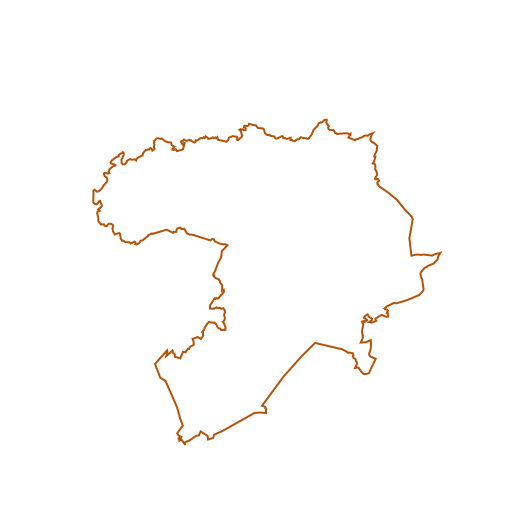 outline of La Manzanilla de la Paz, Jalisco, Mexico, rotated 237°
{"feature_id": "50627088B53940802277719", "entity_name": "La Manzanilla de la Paz", "entity_type": "district", "adm_level": 2, "iso_a3": "MEX", "parent_name": "Mexico", "parent_adm1": "Jalisco", "projection": "equal_earth", "projection_center": [-103.078, 20.026], "detail": "fine", "context": "isolated", "style": "outline", "palette": "amber", "viewbox_px": 512, "rotation_deg": 237, "n_neighbors": 0, "source": "geoboundaries", "source_scale": "gbopen_adm2", "svg_char_len": 6151}
<svg xmlns="http://www.w3.org/2000/svg" viewBox="0 0 512 512"><g transform="rotate(237 256 256)"><path d="M158.3,412.3L160.3,406.0L160.3,404.1L165.9,397.4L167.0,395.1L169.8,391.4L171.6,386.5L187.2,394.2L201.5,407.5L204.1,408.0L214.6,406.0L226.1,404.9L236.8,401.6L247.6,397.0L249.3,397.5L249.9,396.9L251.5,397.7L252.2,400.1L254.3,400.0L255.3,397.9L256.4,398.2L257.8,401.4L260.9,403.1L263.3,403.1L267.6,405.7L268.8,405.5L270.0,404.4L270.7,406.1L273.5,409.5L274.2,410.2L274.8,409.4L276.2,410.5L278.3,414.4L282.3,417.6L285.4,416.9L289.9,414.8L291.7,415.5L292.9,416.8L294.9,419.3L295.4,420.9L296.2,417.6L295.9,415.3L297.5,413.5L297.9,411.4L297.7,409.9L298.6,406.8L298.4,405.8L299.3,403.9L299.2,402.1L305.0,398.1L306.1,400.0L305.9,401.0L307.0,401.9L307.2,400.8L308.5,400.1L310.1,398.1L314.3,390.3L315.3,390.1L315.8,389.4L319.4,389.6L321.0,387.0L322.5,386.0L324.5,386.4L325.1,387.7L329.6,387.5L331.5,389.5L332.1,389.2L332.8,387.6L332.2,384.5L332.3,383.5L332.9,383.0L333.1,380.8L331.7,378.8L330.5,373.1L327.6,368.9L325.8,363.9L325.9,363.1L327.4,362.5L328.6,360.4L331.1,358.3L330.6,355.8L331.4,354.0L331.3,350.8L332.5,349.6L333.5,349.5L334.5,348.0L336.4,349.4L337.5,345.3L339.2,344.5L339.9,343.1L341.8,343.6L342.4,343.3L343.0,338.1L343.5,336.9L344.7,336.3L346.2,336.5L349.2,333.3L350.2,333.4L351.2,331.4L354.1,330.4L358.1,331.7L359.0,331.4L362.3,327.4L365.8,327.0L366.8,325.5L370.6,322.2L369.6,320.9L369.6,319.7L371.4,317.5L371.4,316.7L370.5,316.0L369.7,316.8L368.5,316.7L367.2,315.8L368.3,314.3L369.6,313.8L369.7,312.7L370.9,312.1L370.9,310.9L369.3,311.2L364.5,310.0L363.7,309.1L363.0,303.8L364.0,303.4L365.2,304.7L366.4,305.0L369.2,301.7L370.0,297.8L368.4,295.7L367.9,293.5L374.1,287.5L376.7,288.3L376.4,286.8L377.5,286.5L377.9,284.9L379.0,284.4L379.1,282.6L380.2,279.8L381.2,280.0L383.7,278.9L382.9,278.0L382.9,277.3L384.1,276.8L383.9,275.4L385.1,273.7L384.9,269.8L385.8,268.6L384.7,267.5L384.6,266.3L387.2,264.7L388.2,264.7L388.6,263.8L389.7,263.4L390.1,261.2L390.8,260.1L392.9,259.0L392.3,257.0L393.0,256.2L392.5,255.2L389.2,255.2L388.8,255.8L389.9,257.4L389.5,257.7L385.4,253.0L385.6,251.3L387.0,246.8L389.2,246.9L389.8,244.8L390.7,243.8L391.3,244.2L392.0,247.1L395.0,245.7L397.5,246.5L399.6,243.9L401.6,242.4L406.0,240.9L406.2,239.7L408.1,238.1L408.7,236.7L407.9,234.1L407.9,232.9L406.7,232.6L405.8,231.6L404.9,231.6L403.2,229.8L401.4,229.4L401.0,228.9L400.9,226.5L402.2,226.9L403.9,226.5L404.1,225.8L403.4,224.7L404.3,223.2L404.3,222.2L404.9,221.2L403.9,217.5L402.2,215.8L402.7,210.6L402.5,208.7L401.4,207.4L403.1,206.9L404.3,204.5L406.0,202.8L406.2,199.4L404.9,198.4L404.4,196.6L404.6,195.4L405.5,194.1L407.3,193.9L410.2,195.8L412.8,200.2L414.7,201.1L415.7,200.7L415.4,199.5L415.7,196.5L415.4,195.7L414.3,195.2L415.1,192.3L414.6,187.1L414.0,185.2L412.8,184.8L409.5,187.2L408.6,187.6L408.4,187.2L409.0,184.9L408.7,180.6L407.1,178.5L405.4,178.2L405.9,176.5L408.1,174.7L408.2,173.7L407.3,173.0L405.2,172.6L403.2,173.6L401.2,173.1L399.7,171.8L399.1,170.3L398.3,167.2L396.3,162.3L396.0,159.0L396.7,157.5L399.5,156.8L399.5,155.4L389.5,148.7L387.6,149.0L386.0,150.5L387.5,154.8L387.2,155.3L382.2,154.2L381.4,153.1L381.1,149.0L379.0,149.5L379.6,147.3L378.1,145.9L374.2,144.7L371.3,142.8L366.9,143.1L365.4,145.7L363.8,145.5L362.3,146.9L363.3,150.1L361.8,152.0L359.9,152.9L359.0,152.6L357.5,150.8L354.6,149.5L350.9,149.3L349.9,153.6L348.9,154.1L343.9,151.9L341.7,152.1L341.1,153.1L338.8,153.9L337.0,156.6L335.5,157.7L334.7,157.7L334.3,161.9L333.3,162.3L332.0,161.9L331.7,161.2L330.8,161.9L330.5,165.4L331.6,167.5L330.9,169.6L331.6,176.4L332.2,176.9L331.7,180.8L331.1,180.8L326.7,195.4L320.5,199.2L321.1,200.1L319.6,202.4L321.2,203.6L322.0,205.2L320.9,208.1L319.1,208.0L318.0,210.6L312.5,210.4L310.0,212.0L309.0,213.8L293.9,226.3L294.0,229.0L292.8,229.8L291.0,229.3L286.2,232.2L283.9,234.5L282.7,236.6L280.6,237.9L278.6,230.0L273.5,225.6L271.3,221.1L265.6,213.4L263.7,209.7L262.5,209.6L262.2,210.3L261.1,209.7L259.2,210.2L257.0,212.0L254.4,212.0L253.7,211.4L249.9,211.7L245.2,208.5L245.3,210.5L243.5,209.7L242.5,207.8L242.5,205.6L242.1,205.5L241.0,201.2L241.3,200.4L242.0,200.2L242.1,198.9L242.9,198.8L242.7,197.7L239.7,190.7L238.3,189.6L236.9,188.8L234.8,191.9L234.4,194.8L233.6,195.2L232.2,197.5L230.7,198.2L230.1,200.1L227.9,200.3L225.6,199.2L224.0,197.2L220.5,195.9L219.0,193.7L219.0,192.3L215.8,192.5L215.1,191.9L212.1,191.4L211.5,190.0L210.9,190.0L212.8,186.5L214.5,186.6L215.1,185.6L216.7,185.0L221.0,185.4L222.7,184.9L225.2,181.4L226.3,180.7L225.9,178.6L223.8,173.9L222.3,172.3L221.5,169.4L220.6,169.8L218.0,168.2L216.4,164.6L220.1,162.8L220.1,161.0L221.1,157.7L217.8,156.9L215.3,155.2L215.8,151.9L215.5,150.5L214.5,149.3L215.3,148.5L213.7,144.6L215.3,142.6L211.4,136.7L215.7,133.1L218.0,134.4L219.5,133.8L222.2,134.4L220.9,126.2L224.2,129.7L225.3,130.1L220.4,112.5L206.1,109.4L200.5,112.1L172.1,107.4L160.5,103.7L153.7,102.3L150.2,93.4L147.7,93.3L145.0,94.8L144.5,94.1L145.4,92.4L145.2,91.7L143.0,91.1L143.2,93.3L135.8,93.9L137.7,93.9L138.5,95.3L137.5,99.7L137.8,108.1L136.6,110.4L139.0,114.0L132.2,117.1L131.1,117.3L128.2,115.8L126.7,121.1L128.9,123.4L127.5,132.9L125.2,169.5L122.5,174.1L118.9,178.9L122.7,181.3L123.3,180.9L124.5,181.6L127.1,179.5L139.9,213.5L147.3,240.5L150.9,258.2L130.9,277.4L126.8,279.8L124.6,280.5L124.4,281.5L121.7,284.2L119.4,283.5L119.2,282.6L117.2,282.2L115.3,283.3L113.9,282.6L111.8,282.7L110.6,281.9L108.1,278.1L107.1,280.6L106.4,281.1L101.2,281.3L98.1,282.2L96.7,285.1L96.3,286.9L104.6,300.4L109.6,297.1L112.1,297.3L115.3,301.2L118.2,303.7L122.9,306.4L123.8,301.3L126.3,296.7L128.8,300.5L130.7,302.2L130.8,301.9L135.1,303.8L140.3,308.7L143.1,309.0L143.1,310.5L141.5,311.3L142.1,312.1L141.4,313.5L141.8,314.3L145.4,312.8L146.3,315.3L146.2,317.8L143.1,317.7L140.3,319.2L139.1,317.9L139.1,314.8L137.1,316.8L136.2,321.5L137.1,321.4L138.5,322.2L138.2,329.3L133.9,332.3L133.3,333.7L135.7,335.5L137.0,334.6L138.2,336.8L139.4,336.7L141.1,335.2L142.1,335.1L142.4,338.8L141.5,346.3L139.8,348.0L136.7,358.9L134.3,371.7L135.7,377.0L136.8,378.4L145.9,382.6L149.1,383.1L152.0,384.6L152.5,385.4L154.2,390.8L153.8,393.1L154.0,395.2L152.9,400.9L154.4,406.7L156.3,408.5L158.3,412.3Z" fill="none" stroke="#b45309" stroke-width="2"/></g></svg>